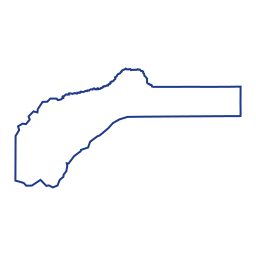 Nevada, California, United States of America (orthographic projection)
{"feature_id": "52423323B72053512524977", "entity_name": "Nevada", "entity_type": "district", "adm_level": 2, "iso_a3": "USA", "parent_name": "United States of America", "parent_adm1": "California", "projection": "orthographic", "projection_center": [-120.746, 39.266], "detail": "fine", "context": "isolated", "style": "outline", "palette": "blue", "viewbox_px": 256, "rotation_deg": 0, "n_neighbors": 0, "source": "geoboundaries", "source_scale": "gbopen_adm2", "svg_char_len": 3413}
<svg xmlns="http://www.w3.org/2000/svg" viewBox="0 0 256 256"><path d="M61.2,99.4L57.8,100.1L56.6,98.6L50.3,98.6L47.3,101.7L42.6,101.9L37.8,109.1L37.4,112.4L33.5,111.4L28.6,116.4L29.7,119.6L26.0,124.1L22.6,123.7L18.0,126.3L19.2,130.0L15.6,135.9L15.4,180.6L23.6,182.9L26.3,185.7L31.8,185.6L40.5,179.9L46.4,185.9L48.9,185.4L52.9,187.4L57.5,185.5L59.7,179.9L63.4,176.8L63.6,174.7L66.4,171.1L67.3,165.4L66.8,163.3L68.6,163.5L74.2,156.0L80.6,151.3L81.0,149.9L88.1,147.5L90.1,141.7L97.4,136.3L99.6,135.5L108.0,128.5L113.0,123.0L119.4,119.4L127.5,116.9L143.6,116.7L184.6,116.4L235.0,116.1L239.6,116.1L240.5,116.0L240.6,112.8L240.5,102.7L240.6,86.7L239.5,86.7L235.0,86.7L228.8,86.8L224.3,86.8L219.8,86.8L213.5,86.9L206.0,86.9L197.0,86.8L186.2,86.8L173.8,86.9L168.3,86.9L162.4,86.9L156.6,86.9L153.9,86.9L152.1,86.6L152.0,86.3L151.8,85.6L151.6,85.2L151.3,84.9L150.8,85.0L150.4,84.9L150.0,84.7L149.8,84.4L149.7,84.4L149.5,84.5L149.3,84.3L149.3,84.2L149.1,84.0L148.9,84.1L148.6,83.8L148.1,83.7L147.8,83.4L147.6,83.3L147.2,82.9L147.1,82.6L147.0,82.0L147.0,81.2L147.1,80.3L147.0,79.7L147.1,78.9L146.7,78.2L146.1,77.4L145.3,76.5L144.4,75.7L144.2,74.8L144.1,73.8L143.2,73.0L143.3,72.0L143.1,71.5L142.7,71.2L142.2,71.0L141.2,71.1L140.7,70.4L140.3,70.1L139.8,69.8L139.8,69.7L139.7,69.5L139.2,69.5L138.8,69.5L138.5,69.6L138.2,69.7L137.6,69.3L137.2,69.5L136.8,69.7L136.4,69.7L136.2,69.9L135.9,69.9L135.5,69.7L134.9,69.8L134.0,69.8L133.2,70.0L132.4,69.8L131.5,69.9L131.3,70.1L130.9,70.1L130.7,69.9L130.5,69.3L130.3,69.1L129.9,69.2L129.7,69.3L129.1,69.1L128.4,69.4L128.0,69.4L127.6,69.3L127.0,69.3L126.4,69.3L126.1,69.0L126.1,68.8L125.8,68.6L125.7,68.7L125.3,68.9L125.2,69.2L124.4,69.4L124.0,69.6L123.5,69.9L123.0,70.0L122.5,70.2L122.2,70.5L121.8,70.8L121.7,71.5L121.0,71.8L120.9,72.2L120.6,72.3L120.4,72.9L120.0,73.3L119.6,73.5L119.3,73.5L118.9,73.9L118.5,74.0L118.0,74.1L117.5,74.6L117.3,75.2L116.9,75.6L116.8,76.2L116.4,76.5L116.0,76.9L115.7,77.2L115.3,77.2L115.1,77.2L115.0,77.4L115.1,77.6L115.3,78.0L115.4,78.5L115.3,79.0L114.8,79.4L114.3,79.8L113.8,80.3L113.4,80.9L112.8,81.3L112.5,81.4L112.0,81.6L111.5,81.5L111.2,81.8L110.8,82.1L110.4,82.2L110.3,82.5L110.5,82.7L110.6,83.2L110.2,83.7L109.8,84.0L109.5,84.0L109.3,84.0L109.2,84.2L108.9,84.4L108.5,84.4L108.3,84.9L108.2,85.2L108.0,85.6L107.6,85.6L107.1,85.3L106.5,85.5L106.2,85.9L105.4,86.1L105.0,86.3L104.8,86.3L104.8,86.1L104.3,86.1L104.1,86.5L103.5,86.9L103.2,86.6L102.7,86.9L102.6,87.5L101.8,88.0L101.4,87.9L101.0,88.0L100.6,88.5L100.0,88.9L99.4,88.7L98.9,89.0L98.3,89.2L98.2,88.9L97.9,88.3L97.3,88.4L97.2,88.6L97.2,88.9L97.1,89.2L96.8,89.2L96.2,89.1L96.0,89.4L95.5,89.4L95.2,89.2L94.8,89.1L94.6,88.8L94.5,88.5L94.2,88.4L93.7,88.4L92.8,89.1L92.6,89.5L92.4,89.4L92.0,89.4L91.3,89.4L91.0,89.3L90.7,89.5L89.9,89.7L89.3,90.2L89.1,90.6L88.6,90.6L88.4,90.5L88.1,90.5L87.7,90.7L87.4,90.5L87.0,90.6L86.9,90.8L86.7,90.6L86.4,90.5L86.5,90.6L86.2,91.0L85.7,90.9L85.4,91.0L84.8,91.3L84.3,91.7L83.4,92.0L82.4,91.9L81.7,91.9L81.2,91.6L80.6,91.7L80.4,92.1L80.3,92.5L80.0,92.9L79.7,92.9L79.0,92.5L78.3,92.8L77.9,92.9L77.5,92.8L77.5,93.2L77.1,93.6L76.5,93.5L75.7,93.4L75.0,93.0L74.3,93.3L73.7,93.3L73.1,93.6L72.6,93.9L71.8,93.7L70.6,93.4L69.9,93.3L69.2,93.4L68.7,93.5L68.6,93.9L68.7,94.2L68.8,94.5L68.5,94.5L68.0,94.6L67.2,94.7L66.7,94.4L66.0,94.5L65.4,94.9L63.8,96.4L63.0,96.2L62.5,96.9L63.1,97.2L63.3,98.0L62.6,98.2L61.5,99.1L61.2,99.4Z" fill="none" stroke="#1e3a8a" stroke-width="2"/></svg>